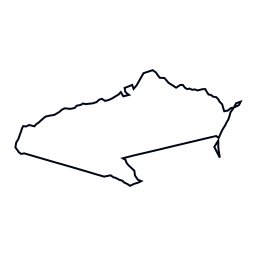 Barreiros, Pernambuco, Brazil (Natural Earth projection)
{"feature_id": "56859067B84066536969081", "entity_name": "Barreiros", "entity_type": "district", "adm_level": 2, "iso_a3": "BRA", "parent_name": "Brazil", "parent_adm1": "Pernambuco", "projection": "natural_earth1", "projection_center": [-35.237, -8.82], "detail": "fine", "context": "isolated", "style": "outline", "palette": "ink", "viewbox_px": 256, "rotation_deg": 0, "n_neighbors": 0, "source": "geoboundaries", "source_scale": "gbopen_adm2", "svg_char_len": 1626}
<svg xmlns="http://www.w3.org/2000/svg" viewBox="0 0 256 256"><path d="M16.2,142.6L15.4,147.3L19.0,152.4L21.1,153.9L24.3,153.4L57.0,162.9L62.4,164.4L89.8,172.4L94.7,173.9L104.1,176.6L107.3,176.0L110.6,175.3L113.4,177.3L115.5,177.8L119.1,179.7L122.5,180.8L124.0,182.4L127.5,184.1L130.0,185.8L134.2,183.8L138.3,182.6L141.3,181.1L137.8,179.7L135.0,175.5L134.3,170.7L128.4,165.2L126.6,162.9L125.5,159.9L122.8,158.3L132.8,155.7L155.9,150.3L174.2,145.9L216.1,136.0L218.7,137.9L220.4,134.0L221.8,131.0L223.2,128.4L225.0,125.7L226.5,122.5L228.3,119.6L229.6,115.7L230.5,112.3L231.9,110.3L233.9,107.5L230.7,108.2L227.8,110.6L224.2,111.2L223.0,107.3L222.2,104.4L219.4,101.4L218.3,99.3L216.3,97.2L212.9,96.6L211.1,95.0L208.5,94.5L206.5,91.4L205.3,89.1L202.8,89.1L197.7,90.4L194.5,89.4L192.3,89.8L189.6,88.6L187.2,89.1L185.1,87.9L182.9,85.0L180.4,84.9L176.1,87.7L173.1,85.7L168.5,82.8L164.4,78.0L159.8,77.8L157.6,75.0L155.9,72.4L152.6,70.2L143.5,73.2L136.6,85.4L133.6,88.9L132.2,84.9L129.5,86.1L126.8,87.1L124.6,87.9L125.3,91.7L127.0,93.5L129.0,94.9L123.3,96.3L120.8,92.1L118.6,94.5L111.6,98.7L108.1,100.2L105.1,100.9L101.8,98.8L99.0,99.8L96.6,102.1L92.4,103.4L85.3,104.1L83.2,103.5L80.4,105.0L76.7,105.7L74.6,108.0L70.2,108.9L64.8,108.3L61.8,109.7L59.3,112.0L54.3,114.9L49.3,115.7L45.5,116.6L42.8,118.8L38.6,122.6L36.3,124.1L34.4,126.3L29.1,125.0L26.0,126.5L23.2,126.1L22.1,128.3L20.2,133.8L18.4,138.9L16.2,142.6ZM219.8,157.6L219.2,153.6L218.7,150.7L218.3,147.2L218.3,143.8L218.2,140.6L214.3,147.0L219.8,157.6ZM233.9,107.5L236.9,106.1L238.9,105.1L240.6,101.7L236.2,103.2L233.9,107.5Z" fill="none" stroke="#020617" stroke-width="2"/></svg>